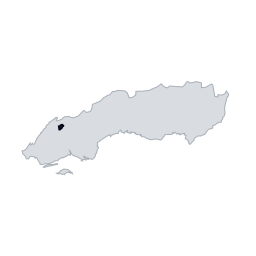 Åmål, Västra Götaland, Sweden (highlighted), rotated 60°
{"feature_id": "70781695B68260395604399", "entity_name": "Åmål", "entity_type": "district", "adm_level": 2, "iso_a3": "SWE", "parent_name": "Sweden", "parent_adm1": "Västra Götaland", "projection": "mercator", "projection_center": [12.59, 58.965], "detail": "fine", "context": "in_parent", "style": "filled", "palette": "ink", "viewbox_px": 256, "rotation_deg": 60, "n_neighbors": 0, "source": "geoboundaries", "source_scale": "gbopen_adm2", "svg_char_len": 4118}
<svg xmlns="http://www.w3.org/2000/svg" viewBox="0 0 256 256"><g transform="rotate(60 128 128)"><path d="M84.5,184.6L85.1,186.3L86.3,186.1L86.7,184.9L87.3,181.2L86.5,177.1L87.6,175.6L88.3,173.3L89.9,172.6L92.1,169.9L92.3,167.2L92.8,165.1L90.9,158.9L90.8,157.3L93.6,156.5L94.9,152.3L92.9,149.5L89.8,146.9L90.9,138.5L89.5,133.9L89.7,132.0L89.5,129.0L90.3,127.7L88.7,123.2L90.2,120.1L90.0,118.5L94.3,112.2L97.1,111.0L102.4,111.9L103.6,109.4L103.7,108.0L103.2,104.7L100.2,102.8L103.4,96.9L106.0,91.0L106.5,85.3L107.0,82.8L106.4,77.1L109.9,76.4L112.9,74.0L112.5,70.8L119.3,60.9L119.5,59.1L119.0,57.3L117.4,54.2L117.9,52.8L119.7,51.9L120.6,50.5L122.0,45.6L125.7,41.8L129.8,44.3L131.6,40.0L131.6,33.8L133.1,33.1L144.1,37.0L146.0,34.7L144.1,33.5L146.0,31.0L146.5,29.5L146.7,27.7L146.7,26.7L145.1,24.3L148.6,24.0L150.5,25.1L150.7,26.5L158.2,33.9L164.1,36.8L165.8,38.9L166.4,41.1L167.4,41.3L168.4,43.4L169.6,44.5L168.6,46.0L168.6,49.3L168.9,50.8L168.3,53.6L170.2,54.3L170.5,56.0L169.5,57.7L169.6,59.5L172.0,65.2L171.4,67.0L171.2,69.3L170.0,71.0L169.8,72.7L170.0,74.9L170.4,76.0L171.5,76.7L173.2,82.6L171.3,83.0L170.0,82.2L166.7,82.9L165.9,83.8L163.4,81.5L161.9,82.8L161.0,81.6L160.2,83.5L160.0,86.1L158.8,85.9L159.2,86.8L157.7,87.2L157.5,87.6L157.9,88.2L157.4,89.0L155.2,89.3L154.9,90.1L155.5,91.1L155.5,91.7L154.1,90.8L155.1,92.6L155.2,93.9L152.2,99.2L153.2,100.5L154.0,103.4L154.9,104.8L154.5,106.1L151.4,109.3L149.6,114.2L145.7,117.5L143.7,118.3L142.4,120.6L140.9,119.9L140.8,121.2L139.8,120.4L139.0,122.4L137.6,124.1L136.1,123.8L135.9,124.1L136.4,124.6L134.6,125.0L134.1,126.8L132.8,127.2L132.6,127.8L133.9,127.9L133.6,129.3L132.1,130.0L131.6,130.9L130.9,130.9L131.1,130.2L130.1,130.3L129.8,129.5L129.6,129.7L130.2,132.0L129.7,132.9L130.7,133.8L128.0,136.0L126.3,135.2L126.1,135.9L126.5,137.8L127.9,139.3L127.0,140.3L126.1,144.7L126.7,147.4L124.8,146.8L125.0,147.8L124.4,149.0L124.6,150.7L124.4,151.8L124.9,152.8L124.6,153.3L124.9,158.0L125.4,160.0L125.2,161.6L126.0,162.4L127.6,162.6L128.1,163.9L130.1,163.2L131.6,165.7L134.3,167.9L134.1,169.3L135.9,170.3L136.9,172.2L137.3,173.8L137.2,174.8L134.4,177.4L132.3,179.2L130.2,180.2L130.3,180.7L131.3,180.8L134.0,179.6L134.7,180.7L133.3,181.2L133.0,182.7L132.4,183.6L126.6,187.0L125.9,188.1L123.3,189.8L118.7,189.6L118.0,190.0L122.0,190.7L122.9,191.9L121.1,192.7L121.9,195.6L121.4,196.3L121.4,199.5L120.7,199.6L120.4,200.9L120.7,204.0L121.1,204.9L120.9,205.8L119.8,208.0L120.2,210.5L119.0,215.0L117.6,217.7L116.5,221.2L115.3,222.4L113.9,221.6L111.9,222.1L108.1,221.9L107.6,222.3L107.9,223.5L106.5,223.3L104.1,226.0L104.0,227.3L105.0,229.8L103.8,231.4L101.3,231.0L97.9,232.0L94.9,231.2L95.3,230.3L95.5,227.0L92.0,220.3L93.7,221.0L94.3,220.6L93.3,218.4L94.7,218.3L95.1,217.5L94.9,216.2L93.7,215.6L92.7,213.6L91.7,212.5L89.8,208.4L89.1,205.6L88.5,205.9L87.9,202.6L86.9,202.1L86.7,198.8L85.6,198.4L84.9,196.9L84.8,193.9L83.5,193.6L83.7,192.1L83.2,186.9L82.8,185.3L83.2,184.1L83.9,183.9L84.5,184.6ZM137.9,200.6L137.3,200.9L137.0,201.8L136.1,202.3L135.9,205.1L136.7,206.2L135.9,206.7L135.3,208.2L133.7,209.3L133.1,210.2L132.8,211.6L131.4,212.4L132.4,210.3L131.2,207.9L131.5,207.0L131.4,204.2L134.2,200.6L135.4,200.2L136.0,200.6L136.3,199.7L136.7,199.5L137.9,200.6ZM120.2,220.3L119.5,220.9L119.3,220.1L119.4,216.8L120.9,212.9L121.6,212.6L123.4,207.3L123.7,206.9L124.3,207.2L123.8,207.8L123.8,208.7L122.7,211.5L122.4,213.4L121.9,213.8L120.2,220.3ZM138.5,199.4L138.3,200.2L137.6,199.6L138.3,198.7L139.7,198.9L138.5,199.4ZM135.3,177.9L134.4,179.2L134.2,178.6L134.4,178.0L135.3,177.9ZM133.3,184.7L132.9,184.8L133.2,183.9L133.8,183.7L133.3,184.7Z" fill="#d9dde1" stroke="#a8b0b8" stroke-width="1"/><path d="M92.2,183.2L92.1,183.3L92.1,183.6L91.9,183.9L91.9,184.2L91.8,184.3L91.8,184.5L91.8,185.0L91.8,185.3L91.8,185.5L92.0,185.8L92.1,186.1L92.0,186.5L92.0,186.8L91.9,187.0L92.0,187.0L92.2,187.3L92.3,187.3L92.5,187.3L92.6,187.5L95.0,188.5L95.5,187.8L95.5,187.7L95.0,185.2L94.3,184.5L94.3,184.4L94.2,184.1L94.2,183.5L94.1,183.2L94.0,182.9L93.6,182.6L93.4,182.7L93.2,183.2L93.1,183.4L92.8,183.4L92.4,183.4L92.2,183.2L92.2,183.2Z" fill="#0f172a" stroke="#020617" stroke-width="1.5"/></g></svg>